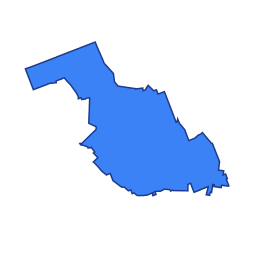 Nungarin, Western Australia, Australia, rotated 249°
{"feature_id": "25037944B34284730981486", "entity_name": "Nungarin", "entity_type": "district", "adm_level": 2, "iso_a3": "AUS", "parent_name": "Australia", "parent_adm1": "Western Australia", "projection": "mercator", "projection_center": [118.178, -31.137], "detail": "fine", "context": "isolated", "style": "filled", "palette": "blue", "viewbox_px": 256, "rotation_deg": 249, "n_neighbors": 0, "source": "geoboundaries", "source_scale": "gbopen_adm2", "svg_char_len": 2761}
<svg xmlns="http://www.w3.org/2000/svg" viewBox="0 0 256 256"><g transform="rotate(249 128 128)"><path d="M63.6,201.4L67.2,201.4L69.7,201.4L70.6,201.3L72.8,201.3L74.5,201.3L77.8,201.3L80.2,201.2L80.3,201.3L83.4,201.2L83.8,200.4L85.1,200.0L88.9,198.6L90.2,198.2L94.4,196.7L97.1,195.8L96.2,193.6L96.2,191.1L94.5,186.5L94.5,180.3L97.4,180.3L101.9,180.3L106.3,180.3L113.9,177.7L118.4,177.6L118.5,177.6L116.7,176.4L116.5,176.1L116.2,175.8L116.1,175.5L116.0,175.0L116.3,175.0L119.8,175.0L128.7,175.0L130.4,175.0L132.0,175.0L138.2,175.0L145.6,175.0L148.9,175.0L148.9,168.2L153.5,168.2L153.5,165.4L160.6,162.1L159.7,160.9L159.4,160.2L157.5,158.0L157.4,158.0L157.4,155.4L158.7,155.7L160.0,156.1L161.7,149.1L162.0,149.2L165.3,143.3L168.8,137.1L171.1,133.1L172.1,133.3L175.8,131.9L175.9,132.0L176.5,132.1L182.4,133.5L184.1,133.9L193.1,130.5L193.2,130.4L197.1,128.9L201.8,128.9L203.3,128.8L204.8,128.7L209.3,128.5L215.2,128.2L215.6,128.2L218.5,128.2L220.0,128.2L220.0,123.8L219.9,86.7L219.8,86.4L219.8,85.7L219.8,69.6L219.8,65.4L219.8,60.8L219.8,59.5L220.0,54.8L220.0,53.4L197.7,53.4L197.7,71.1L196.2,76.6L196.0,77.2L197.6,77.7L197.7,78.0L197.7,81.4L197.6,82.0L197.5,83.3L197.6,83.5L197.7,83.8L197.7,84.0L197.7,86.4L196.1,87.0L193.1,88.0L191.4,88.8L190.1,89.3L188.8,89.9L187.2,90.3L179.0,92.4L175.0,92.8L173.1,92.1L173.1,95.0L171.2,95.0L170.3,98.5L170.8,100.2L170.1,102.1L169.8,103.0L169.7,103.0L167.2,101.9L161.3,99.4L158.6,98.3L153.4,96.0L147.9,93.7L146.5,93.1L146.4,93.1L145.4,94.1L142.5,96.9L140.6,98.7L138.7,98.0L138.1,97.8L137.9,97.3L135.1,90.7L134.3,88.9L132.9,85.7L130.1,79.2L130.8,77.5L129.3,77.7L127.3,80.8L124.9,83.5L123.7,83.5L123.0,85.5L123.3,86.7L117.5,88.3L117.0,86.7L111.2,89.3L110.1,86.8L108.6,83.4L106.9,84.4L104.6,85.3L102.5,86.2L102.4,86.2L96.7,88.2L95.5,89.0L93.0,90.4L91.9,91.0L91.9,95.1L84.2,95.1L80.3,97.6L77.7,99.2L76.4,100.0L75.1,100.9L74.0,103.4L73.9,103.4L69.2,105.9L69.2,108.4L65.4,108.4L65.2,108.4L65.2,110.3L64.4,110.9L62.2,112.0L61.3,113.2L59.6,117.8L58.5,122.0L58.7,128.0L58.5,127.8L58.2,127.6L57.8,127.5L57.5,127.3L56.5,127.0L56.3,126.9L56.1,126.7L55.9,126.3L55.9,126.9L55.9,130.3L59.0,130.3L58.8,131.2L58.5,132.3L57.8,134.4L57.4,135.5L57.4,135.9L57.5,137.6L57.5,137.9L57.7,138.2L57.7,138.4L57.8,138.7L57.8,138.9L57.8,140.2L55.7,144.5L54.9,145.1L53.9,145.1L53.9,147.5L53.4,147.8L51.4,152.7L48.4,160.3L47.9,161.4L50.8,162.5L53.7,163.7L53.9,163.8L53.9,166.6L50.3,166.6L44.3,166.6L44.3,172.7L44.5,172.7L44.5,181.9L41.7,180.0L37.6,177.1L36.0,180.0L36.6,179.9L38.6,182.4L37.9,182.9L44.9,186.9L44.2,188.2L42.5,187.3L39.4,192.8L39.0,193.7L41.0,194.8L39.4,197.8L37.8,200.7L37.8,201.4L45.1,201.4L45.1,202.6L50.1,202.6L50.1,200.0L53.7,202.0L56.3,197.4L62.1,200.5L63.5,201.3L63.6,201.4Z" fill="#3b82f6" stroke="#1e3a8a" stroke-width="1.5"/></g></svg>